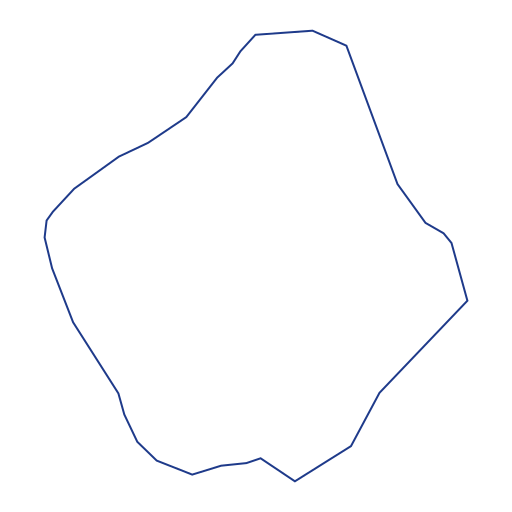 map outline of Šmarje pri Jelšah (orthographic projection)
{"feature_id": "SVN-993", "entity_name": "Šmarje pri Jelšah", "entity_type": "Municipality", "adm_level": 1, "iso_a3": "SVN", "parent_name": "Slovenia", "parent_adm1": "", "projection": "orthographic", "projection_center": [15.519, 46.216], "detail": "fine", "context": "isolated", "style": "outline", "palette": "blue", "viewbox_px": 512, "rotation_deg": 0, "n_neighbors": 0, "source": "natural_earth", "source_scale": "10m", "svg_char_len": 499}
<svg xmlns="http://www.w3.org/2000/svg" viewBox="0 0 512 512"><path d="M192.2,474.6L156.7,460.6L137.3,441.8L124.3,414.5L118.4,393.4L73.1,322.3L52.1,268.3L44.6,237.5L46.6,220.5L52.9,211.7L74.2,188.7L118.9,156.6L148.1,142.8L186.3,117.1L217.2,77.6L232.6,63.4L240.4,51.3L255.4,34.8L312.5,30.7L346.4,45.7L397.5,184.1L425.5,222.9L443.6,233.3L451.5,243.0L467.4,300.7L379.5,392.8L351.0,446.1L294.9,481.3L260.6,458.3L246.4,463.1L221.1,465.7L192.2,474.6Z" fill="none" stroke="#1e3a8a" stroke-width="2"/></svg>